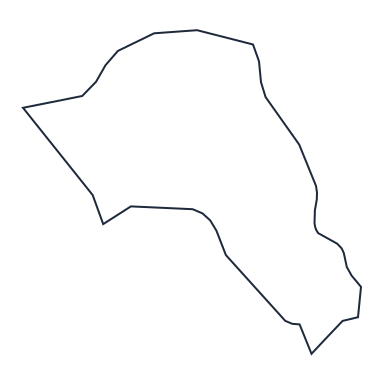 map outline of Camden (Albers equal-area conic projection)
{"feature_id": "GBR-2064", "entity_name": "Camden", "entity_type": "London Borough", "adm_level": 1, "iso_a3": "GBR", "parent_name": "United Kingdom", "parent_adm1": "", "projection": "albers", "projection_center": [-0.131, 51.535], "detail": "fine", "context": "isolated", "style": "outline", "palette": "slate", "viewbox_px": 384, "rotation_deg": 0, "n_neighbors": 0, "source": "natural_earth", "source_scale": "10m", "svg_char_len": 616}
<svg xmlns="http://www.w3.org/2000/svg" viewBox="0 0 384 384"><path d="M253.0,44.5L259.0,61.3L261.0,82.2L265.6,97.1L299.2,144.6L316.0,185.9L317.0,192.6L316.8,199.4L314.9,210.3L314.5,223.2L315.2,227.1L316.1,229.7L318.1,233.1L337.2,243.7L341.6,248.3L343.8,253.0L346.8,267.0L351.6,275.6L361.0,286.9L358.0,317.2L342.6,320.9L324.9,339.5L311.5,353.8L299.6,324.4L292.2,323.8L285.3,320.9L225.9,255.1L216.4,230.6L210.2,220.4L202.5,213.4L192.6,209.2L130.9,206.4L103.2,224.1L92.7,195.1L23.0,107.8L82.2,96.0L96.1,81.7L105.5,65.2L117.9,50.9L154.1,33.3L197.1,30.2L253.0,44.5Z" fill="none" stroke="#1e293b" stroke-width="2"/></svg>